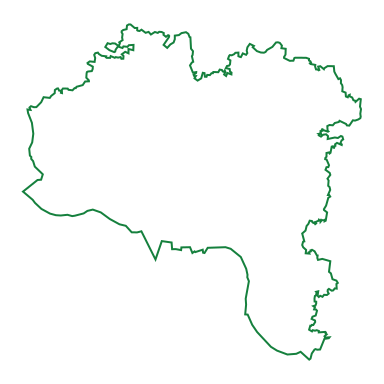 outline of Rajshahi, Rajshahi, Bangladesh
{"feature_id": "16705992B51815672792645", "entity_name": "Rajshahi", "entity_type": "district", "adm_level": 2, "iso_a3": "BGD", "parent_name": "Bangladesh", "parent_adm1": "Rajshahi", "projection": "mercator", "projection_center": [88.705, 24.415], "detail": "fine", "context": "isolated", "style": "outline", "palette": "green", "viewbox_px": 384, "rotation_deg": 0, "n_neighbors": 0, "source": "geoboundaries", "source_scale": "gbopen_adm2", "svg_char_len": 5819}
<svg xmlns="http://www.w3.org/2000/svg" viewBox="0 0 384 384"><path d="M309.2,359.6L310.5,358.6L311.8,353.5L314.5,349.6L315.5,349.1L317.2,349.7L320.1,349.5L324.4,338.9L328.8,338.2L329.5,337.3L325.1,337.6L324.5,336.3L326.7,334.3L325.6,333.5L325.9,332.5L325.3,331.9L318.8,332.4L318.9,331.0L316.7,330.2L315.0,330.7L312.7,330.2L312.0,331.4L309.1,329.7L310.3,325.7L311.3,325.8L311.8,324.9L313.3,325.0L315.2,322.0L315.0,320.5L311.6,318.9L312.5,316.7L315.7,315.5L317.0,310.7L316.1,309.6L314.1,309.4L314.9,307.3L313.3,306.1L315.5,305.4L316.2,303.5L316.2,301.7L314.6,301.5L314.5,298.5L314.9,296.0L315.9,295.5L316.7,292.6L316.1,291.8L318.2,291.3L317.6,295.7L318.8,297.0L320.2,295.8L322.5,296.8L324.1,294.8L326.9,295.0L328.7,293.6L327.6,291.4L327.8,289.8L328.9,288.9L331.8,290.7L333.2,290.4L334.8,288.4L336.7,288.6L336.4,284.0L337.8,282.9L336.4,280.6L332.5,279.2L330.9,273.4L329.0,271.8L330.3,261.2L322.3,258.9L318.0,259.9L317.3,257.9L317.6,255.6L317.0,255.6L314.6,251.3L312.0,249.8L310.5,250.4L310.8,251.4L308.8,252.3L309.4,253.6L305.7,253.3L306.1,249.9L303.2,247.3L302.2,245.0L303.1,241.7L304.3,241.4L302.2,233.5L305.5,230.6L306.6,226.0L308.4,223.9L309.7,220.7L311.9,221.0L312.3,222.1L313.3,222.9L314.1,222.4L315.2,224.1L316.1,223.4L315.1,222.2L318.4,220.8L318.9,219.7L320.0,220.8L320.4,220.4L320.5,221.8L321.9,220.1L323.9,220.3L324.9,219.7L324.7,221.2L325.7,220.7L327.1,212.4L324.0,210.0L323.9,209.2L326.1,205.6L328.3,197.8L330.2,196.6L329.2,195.0L328.0,195.0L330.2,189.9L329.6,187.1L328.2,185.8L328.6,180.5L327.5,178.7L330.3,174.9L329.7,172.9L325.5,169.8L326.5,167.2L328.3,167.1L329.0,165.2L326.6,159.6L325.2,159.2L325.3,158.0L326.5,156.7L326.5,153.0L329.0,152.4L329.6,153.5L330.5,152.8L331.7,146.6L332.8,146.3L333.5,147.7L334.1,147.8L334.7,146.1L335.4,145.8L335.1,144.3L337.0,142.9L341.7,145.0L341.8,144.4L340.4,143.3L341.6,140.4L343.2,139.4L342.4,136.6L340.9,136.0L337.9,138.0L334.9,137.5L327.7,139.0L328.0,136.1L326.1,134.3L323.2,134.7L321.0,136.6L318.9,135.4L319.5,134.6L318.6,133.9L320.1,133.6L320.3,133.0L321.0,133.7L320.5,131.1L321.3,130.8L322.6,128.5L322.5,130.7L323.7,130.2L327.9,131.7L328.4,131.4L327.6,130.7L327.3,126.1L329.5,125.0L332.8,125.3L334.8,123.0L338.8,122.0L339.5,120.8L346.1,124.0L346.9,125.4L349.3,125.6L352.9,120.3L355.0,120.6L358.2,119.5L360.3,118.2L360.7,116.7L360.3,113.7L361.0,109.1L360.0,106.6L360.8,99.2L359.1,98.7L355.5,101.9L355.1,100.7L353.4,100.2L352.2,97.5L349.6,96.3L349.7,94.8L348.6,95.3L347.8,97.3L345.9,96.5L345.6,92.6L342.3,91.3L342.6,87.2L342.2,85.1L340.9,83.2L341.0,80.1L340.0,78.3L338.4,79.1L335.5,74.0L334.3,71.6L333.8,66.2L327.6,66.1L324.2,68.3L323.9,69.2L320.3,66.2L318.2,66.6L319.3,70.0L318.6,70.3L317.6,69.5L316.0,69.4L315.1,66.5L315.3,64.9L310.5,64.0L309.9,63.3L311.0,62.6L310.4,61.3L309.0,60.5L309.0,58.8L306.1,57.8L295.2,57.7L294.4,58.0L293.4,60.7L289.7,60.8L284.1,58.0L284.0,57.1L285.5,54.6L285.7,48.8L281.4,48.2L281.9,45.6L279.8,42.9L277.9,42.3L276.0,42.5L272.4,46.9L267.1,49.9L265.5,52.0L263.9,52.7L260.8,52.5L256.9,51.1L252.7,47.2L253.9,45.9L249.8,43.9L247.4,47.3L246.7,50.6L247.3,53.1L246.1,54.8L242.8,53.4L240.9,57.1L240.0,56.9L238.4,56.2L238.4,52.6L235.4,52.8L234.1,54.2L231.7,55.3L229.8,55.1L229.1,55.9L228.0,58.9L230.4,60.4L230.0,64.3L229.1,65.6L227.0,66.0L225.9,68.1L229.7,69.0L230.0,71.5L231.5,72.6L231.4,74.4L227.4,73.0L226.1,76.0L224.1,74.5L225.4,72.1L224.8,70.5L224.0,71.9L222.7,71.4L221.9,70.0L219.7,69.6L218.3,72.2L213.3,72.0L212.9,73.2L211.5,73.2L209.9,75.1L207.2,74.9L206.5,76.8L204.9,76.7L204.5,73.1L202.8,72.8L201.2,78.4L197.6,80.6L194.5,78.3L195.8,76.1L194.3,76.2L193.6,74.8L196.1,73.0L196.2,72.1L192.9,72.6L190.0,65.4L191.8,62.6L193.2,61.8L191.9,56.2L192.6,55.0L193.0,51.2L191.0,48.7L190.4,37.3L189.6,37.1L188.3,33.8L186.0,32.2L181.5,33.1L178.9,35.1L174.8,35.6L174.8,39.2L173.6,42.5L170.4,44.4L167.2,47.9L163.6,44.9L168.9,37.2L169.2,36.0L168.8,35.4L168.1,35.2L166.0,36.8L163.5,34.8L163.8,33.1L161.7,32.0L159.2,31.8L157.8,32.9L154.9,32.0L150.9,34.5L148.6,31.9L145.6,32.8L141.5,29.7L139.5,31.0L137.8,30.7L137.2,30.3L137.2,27.9L134.7,28.0L130.6,24.5L128.9,24.4L127.0,25.5L126.6,29.2L123.2,30.0L121.7,31.2L121.6,32.3L122.6,34.0L122.1,37.5L122.6,40.1L119.3,42.3L119.9,43.1L119.2,45.2L117.8,45.5L115.1,43.5L112.4,43.3L110.3,44.0L107.6,43.2L105.3,47.0L109.5,50.2L114.2,52.1L115.2,51.6L115.6,49.7L117.9,46.5L122.5,48.0L123.4,46.4L127.5,46.8L128.9,45.2L133.5,44.9L133.3,50.2L128.5,49.0L128.5,53.3L125.2,51.8L121.8,54.3L123.5,56.0L123.3,58.7L121.4,58.8L120.6,57.1L118.1,57.6L115.7,57.1L114.8,57.8L110.7,56.1L110.1,57.9L106.8,57.9L105.9,57.3L106.2,56.3L101.7,55.8L98.9,54.0L97.9,52.6L95.3,53.2L94.2,54.9L95.2,58.0L94.6,61.9L89.7,61.4L87.5,63.0L87.8,63.9L92.8,66.6L92.7,69.0L91.8,71.1L88.0,71.5L86.9,72.1L86.6,73.3L86.3,77.7L88.8,80.3L88.9,81.3L85.1,81.5L82.7,85.1L76.5,86.8L75.8,88.1L74.6,88.1L72.5,90.3L68.5,89.8L67.7,88.6L63.0,88.5L61.8,90.0L62.0,93.1L60.9,92.8L61.2,90.7L59.2,90.7L58.0,88.4L57.1,88.5L54.9,90.0L54.7,93.2L51.2,95.9L49.8,97.9L43.6,97.2L41.2,102.2L36.4,107.1L33.9,107.2L31.0,106.2L29.5,107.5L30.5,109.9L27.5,109.5L28.1,113.1L31.9,122.8L33.3,133.7L32.2,142.4L29.2,148.7L29.9,155.6L31.3,157.0L31.2,158.9L33.1,161.1L34.8,166.6L42.8,174.3L41.1,179.7L37.5,180.0L23.0,191.6L32.7,199.8L35.0,202.9L41.4,208.9L50.0,213.6L55.9,215.2L60.7,215.5L67.5,214.8L72.2,216.1L74.9,215.7L83.7,213.4L87.4,210.9L92.8,209.6L100.8,212.4L109.8,219.0L119.5,224.3L125.8,225.8L131.7,232.3L137.1,232.4L141.4,231.3L155.5,259.5L161.8,241.1L171.6,242.5L172.1,249.2L175.7,249.1L181.1,250.1L181.4,247.4L190.0,247.2L192.4,253.0L194.6,251.4L195.3,252.1L202.7,249.7L203.1,252.7L204.5,253.0L207.7,247.8L225.5,247.2L230.7,248.8L240.8,257.0L246.2,268.8L247.5,274.8L247.3,277.3L248.9,281.2L245.7,298.7L246.1,304.6L245.2,314.4L247.7,314.6L252.2,324.8L257.1,332.0L270.9,346.8L277.0,350.6L287.4,354.5L296.3,353.8L300.6,351.8L309.2,359.6Z" fill="none" stroke="#15803d" stroke-width="2"/></svg>